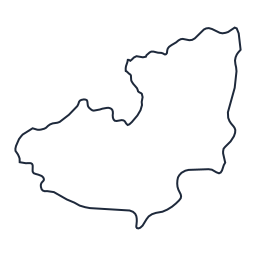 the border of Lâm Đồng
{"feature_id": "VNM-480", "entity_name": "Lâm Đồng", "entity_type": "Province", "adm_level": 1, "iso_a3": "VNM", "parent_name": "Vietnam", "parent_adm1": "", "projection": "natural_earth1", "projection_center": [108.021, 11.753], "detail": "fine", "context": "isolated", "style": "outline", "palette": "slate", "viewbox_px": 256, "rotation_deg": 0, "n_neighbors": 0, "source": "natural_earth", "source_scale": "10m", "svg_char_len": 2703}
<svg xmlns="http://www.w3.org/2000/svg" viewBox="0 0 256 256"><path d="M240.6,49.8L238.2,52.5L236.8,54.5L235.6,57.3L235.0,60.5L235.4,64.1L236.1,67.3L236.5,71.3L234.7,87.8L227.9,112.3L228.2,117.8L229.5,121.1L231.0,123.4L233.7,126.6L234.7,128.2L235.3,130.0L235.1,132.8L233.9,136.3L230.6,141.4L225.1,146.9L223.6,148.7L223.1,151.3L223.1,153.4L225.2,162.6L223.8,165.1L222.0,170.5L220.7,172.5L219.0,173.3L216.4,172.3L211.9,169.7L208.5,169.2L188.6,169.9L185.3,170.7L181.5,172.8L179.3,175.2L178.0,177.4L177.4,180.3L177.2,183.6L177.5,186.8L178.4,189.7L180.7,194.4L181.1,196.3L180.7,198.3L179.0,200.5L175.9,203.5L172.0,206.7L167.3,209.6L162.5,211.7L155.9,212.9L152.0,214.2L148.7,216.4L146.6,219.1L142.6,225.6L140.3,227.7L138.4,228.4L137.0,228.1L136.3,227.0L136.3,225.9L136.5,224.5L136.8,221.1L136.7,218.4L136.3,216.1L135.2,213.8L133.0,211.8L129.6,210.5L89.9,208.1L85.2,207.2L79.7,205.6L74.3,202.6L66.9,199.5L53.9,192.1L47.1,191.1L44.7,191.2L42.9,190.6L41.7,189.4L40.9,186.9L40.8,185.0L41.2,183.5L41.8,182.5L43.3,180.9L43.8,180.1L43.9,179.1L43.3,177.5L41.7,176.0L38.4,174.7L35.5,173.9L33.7,173.2L32.7,171.7L32.6,170.3L32.7,166.9L32.7,165.7L32.5,164.8L32.1,164.0L31.3,163.4L30.1,163.1L25.7,163.2L19.7,162.2L19.6,158.6L19.0,156.8L17.9,154.4L15.5,150.9L15.4,148.7L16.0,146.0L19.0,139.1L21.2,136.2L22.7,134.5L32.6,128.3L37.3,129.7L39.0,129.8L40.9,129.6L44.3,128.7L46.0,127.8L48.1,125.8L50.1,124.4L52.7,123.4L57.5,122.7L59.7,121.9L68.9,114.8L77.3,106.1L78.2,104.4L79.1,101.7L80.0,100.6L81.4,99.9L83.9,99.4L85.5,99.6L86.7,100.1L87.2,101.0L87.4,101.9L87.7,104.6L87.9,105.8L88.3,106.7L88.8,107.4L89.3,108.0L91.2,109.6L92.3,110.3L93.4,110.6L94.5,110.5L99.9,109.5L102.3,108.7L106.8,107.9L108.4,107.8L110.0,108.2L111.4,108.9L112.3,110.0L112.8,111.5L112.9,113.3L112.7,115.3L112.9,117.6L113.6,119.5L114.7,120.7L116.6,121.0L121.7,120.1L123.5,120.4L124.6,121.1L125.4,122.2L126.0,123.3L126.9,124.3L127.7,125.0L129.4,124.3L131.9,122.0L137.4,115.5L140.5,110.2L142.0,105.1L141.7,101.9L142.6,97.1L141.8,93.8L140.8,93.0L139.4,92.4L138.1,91.4L137.5,89.4L136.9,88.1L133.2,83.8L131.7,81.5L131.2,80.2L130.9,75.5L130.3,74.5L129.3,73.9L127.8,72.5L126.4,71.2L125.8,71.1L125.7,70.6L125.7,68.1L126.0,66.2L127.4,62.1L127.8,59.9L128.9,59.9L130.3,60.8L131.9,59.5L133.9,57.5L136.5,56.2L142.9,57.3L145.9,56.7L146.5,55.2L148.1,53.8L149.7,52.4L151.3,51.6L153.5,51.6L158.0,52.7L161.4,52.9L162.9,53.4L164.1,54.1L165.0,54.5L166.0,54.2L166.9,53.1L167.3,50.1L167.8,48.5L169.1,46.8L171.5,45.1L176.1,42.4L178.5,40.4L180.7,39.2L182.7,38.9L189.3,40.2L192.1,39.9L194.8,38.4L203.9,29.5L206.2,28.4L208.8,28.1L212.0,29.0L219.8,32.8L222.5,33.3L225.6,32.8L228.1,32.0L234.7,27.6L236.7,28.4L238.7,33.4L240.6,49.8Z" fill="none" stroke="#1e293b" stroke-width="2"/></svg>